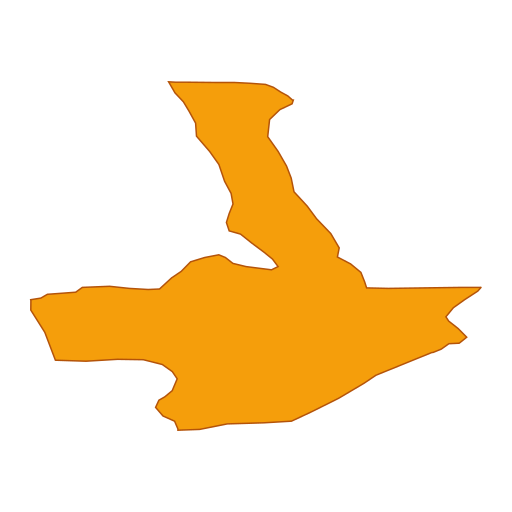 the district of Mora, Dalarna, Sweden
{"feature_id": "70781695B88380498553182", "entity_name": "Mora", "entity_type": "district", "adm_level": 2, "iso_a3": "SWE", "parent_name": "Sweden", "parent_adm1": "Dalarna", "projection": "equal_earth", "projection_center": [14.299, 61.154], "detail": "fine", "context": "isolated", "style": "filled", "palette": "amber", "viewbox_px": 512, "rotation_deg": 0, "n_neighbors": 0, "source": "geoboundaries", "source_scale": "gbopen_adm2", "svg_char_len": 1489}
<svg xmlns="http://www.w3.org/2000/svg" viewBox="0 0 512 512"><path d="M168.6,81.8L175.0,92.9L183.4,101.8L189.0,111.1L195.6,123.1L196.5,136.2L209.6,151.4L218.9,164.5L224.6,181.3L231.1,193.4L233.0,204.0L229.2,213.5L226.4,222.5L229.2,230.9L240.5,234.1L251.8,243.1L264.0,252.2L272.5,259.1L278.1,266.6L271.5,269.8L246.1,266.6L232.9,263.4L225.4,257.5L218.8,254.8L204.7,257.5L190.6,261.8L181.2,271.4L171.7,277.8L159.5,289.0L148.2,289.5L129.3,288.4L109.6,286.3L82.3,287.4L75.7,292.2L62.5,293.2L47.4,294.3L40.8,298.1L30.7,299.7L30.9,300.7L30.8,310.1L44.8,332.3L55.4,360.2L86.0,361.2L117.6,359.3L143.3,359.7L162.3,364.5L172.3,371.6L177.2,378.8L172.2,390.7L164.7,396.9L158.9,400.2L155.6,407.4L163.0,416.0L174.6,421.2L177.9,428.9L177.9,430.2L199.7,429.4L227.2,423.9L264.0,422.8L291.0,421.2L291.4,421.2L311.3,411.9L338.6,398.3L364.1,383.2L376.3,375.0L376.2,374.9L376.5,375.0L431.6,352.6L433.2,352.4L441.3,349.1L448.9,343.7L459.2,343.2L461.5,341.4L466.7,337.2L458.2,328.6L448.7,321.1L445.9,316.8L453.4,307.7L464.6,299.7L477.8,291.1L481.3,287.1L480.6,287.4L461.7,287.4L388.3,288.4L366.6,287.9L366.5,287.6L364.7,282.0L360.9,272.4L350.6,263.9L350.2,263.7L337.4,257.0L339.2,247.9L330.8,233.6L316.6,218.8L307.2,206.1L294.0,191.8L291.2,178.1L286.5,166.0L278.1,151.4L267.7,136.7L269.6,119.5L279.9,109.6L292.1,103.8L293.3,100.1L292.5,100.1L287.9,96.0L280.6,92.0L273.4,87.3L265.5,84.4L250.4,83.3L234.6,82.5L216.2,82.5L185.9,82.2L175.4,82.2L168.6,81.8Z" fill="#f59e0b" stroke="#b45309" stroke-width="1.5"/></svg>